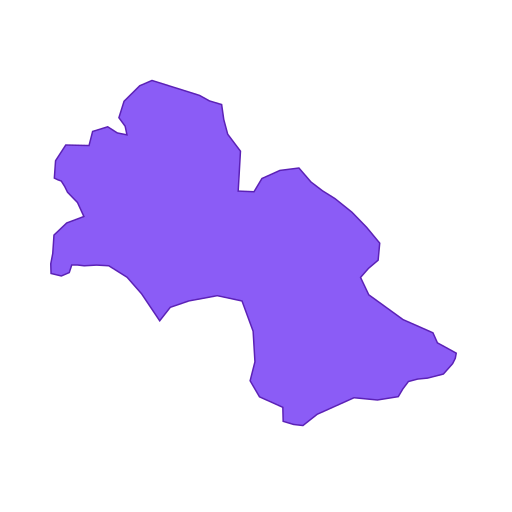 outline of Vavuniyāva, rotated 276°
{"feature_id": "LKA-2456", "entity_name": "Vavuniyāva", "entity_type": "District", "adm_level": 1, "iso_a3": "LKA", "parent_name": "Sri Lanka", "parent_adm1": "", "projection": "equal_earth", "projection_center": [80.482, 8.836], "detail": "fine", "context": "isolated", "style": "filled", "palette": "violet", "viewbox_px": 512, "rotation_deg": 276, "n_neighbors": 0, "source": "natural_earth", "source_scale": "10m", "svg_char_len": 1141}
<svg xmlns="http://www.w3.org/2000/svg" viewBox="0 0 512 512"><g transform="rotate(276 256 256)"><path d="M403.0,206.0L388.3,209.7L374.2,215.1L358.6,229.6L318.7,231.5L319.7,247.3L333.7,253.8L343.6,270.8L348.0,289.5L335.3,303.0L327.8,315.3L321.3,328.6L309.6,346.8L296.0,363.1L281.7,377.7L264.6,377.9L255.5,369.2L245.6,362.2L229.2,372.2L208.1,408.9L198.1,440.0L188.6,445.5L180.3,465.3L175.1,464.9L169.5,462.8L158.2,454.7L152.5,439.4L150.5,429.6L147.1,420.7L139.1,415.9L131.0,412.2L125.5,391.8L125.3,368.3L105.0,333.4L92.3,320.4L92.4,311.0L94.4,300.3L108.3,298.5L116.3,274.2L131.3,263.2L150.7,266.0L180.9,261.0L209.8,246.8L212.5,221.6L204.3,193.9L196.0,176.1L181.5,167.0L206.4,146.2L221.4,130.0L230.9,110.6L230.3,98.4L228.3,86.1L228.4,79.6L227.8,73.7L220.0,72.0L215.8,64.5L217.2,54.0L226.8,52.7L237.2,53.6L255.7,52.9L269.1,64.3L277.3,80.7L290.5,72.9L299.7,61.9L305.1,58.5L310.2,54.5L311.1,50.9L312.4,47.3L329.8,46.7L346.5,55.2L348.4,78.4L362.8,80.5L369.0,95.0L363.9,105.2L363.0,115.0L371.4,112.3L379.2,105.2L396.1,108.6L413.2,122.6L419.7,134.2L409.8,183.1L405.4,193.4L403.0,206.0Z" fill="#8b5cf6" stroke="#5b21b6" stroke-width="1.5"/></g></svg>